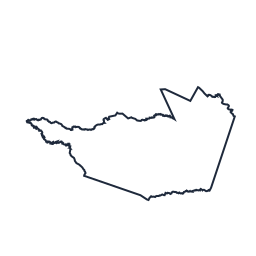 Serenje, Central, Zambia, rotated 289°
{"feature_id": "96606910B77122166525946", "entity_name": "Serenje", "entity_type": "district", "adm_level": 2, "iso_a3": "ZMB", "parent_name": "Zambia", "parent_adm1": "Central", "projection": "equal_earth", "projection_center": [30.192, -13.189], "detail": "fine", "context": "isolated", "style": "outline", "palette": "slate", "viewbox_px": 256, "rotation_deg": 289, "n_neighbors": 0, "source": "geoboundaries", "source_scale": "gbopen_adm2", "svg_char_len": 5646}
<svg xmlns="http://www.w3.org/2000/svg" viewBox="0 0 256 256"><g transform="rotate(289 128 128)"><path d="M68.5,102.1L68.5,161.7L66.6,169.1L66.6,170.8L69.4,171.2L70.0,171.8L71.0,172.1L70.8,173.2L71.4,174.4L71.6,176.1L72.3,176.3L72.8,177.1L73.1,177.3L73.7,179.3L74.5,179.7L74.7,180.6L76.3,182.0L76.2,183.7L76.4,184.5L78.8,184.6L78.6,185.5L79.1,186.0L79.1,186.4L79.6,186.5L79.9,188.4L79.4,189.5L80.3,190.4L81.3,190.3L82.5,191.3L82.6,192.8L82.9,193.2L82.9,193.9L83.1,194.2L82.6,195.4L82.9,196.0L82.8,196.7L83.1,196.7L83.1,197.3L83.7,197.7L83.3,198.6L83.3,199.4L83.9,200.1L83.8,200.6L84.0,200.6L84.1,201.0L84.6,201.3L84.5,201.6L85.7,201.7L86.6,202.9L87.3,203.2L87.6,203.9L87.9,203.9L87.8,204.7L87.4,204.8L87.4,205.6L87.7,206.5L88.6,207.1L88.3,207.5L88.7,209.4L89.0,209.0L90.2,210.5L90.5,211.3L90.9,211.5L90.9,212.0L91.7,212.5L91.8,212.9L91.5,213.3L91.9,214.1L92.1,214.9L92.0,215.3L92.7,215.9L92.6,216.4L93.8,216.4L94.1,216.6L93.6,218.2L93.3,218.7L93.8,218.9L94.3,220.0L93.7,222.4L94.0,223.2L94.8,223.9L95.1,225.0L95.8,224.7L96.0,225.0L95.9,225.6L98.6,226.0L173.7,225.2L173.7,224.3L173.9,223.7L175.2,222.8L175.6,221.4L176.5,219.8L177.2,219.8L178.2,220.9L179.1,220.9L179.2,220.2L178.4,217.7L178.8,216.1L179.2,215.8L181.3,216.3L181.9,216.1L182.3,215.5L182.6,214.3L182.2,213.2L181.9,210.9L182.0,209.6L182.3,208.8L182.7,208.5L184.0,208.8L185.3,208.5L185.8,208.1L188.1,204.7L189.4,203.8L189.2,203.5L188.8,203.6L188.8,203.3L189.1,203.0L189.0,202.7L189.4,202.5L189.3,202.2L188.8,202.4L188.7,201.8L188.3,201.4L187.7,201.7L187.6,201.0L187.1,201.6L187.1,200.9L186.9,201.0L186.6,200.4L186.1,200.3L185.8,199.7L185.5,199.9L185.3,199.4L185.2,198.1L184.9,197.6L185.4,196.9L185.9,195.2L185.8,193.7L185.1,193.0L184.6,193.3L183.8,192.9L185.6,189.0L187.1,186.7L189.2,182.1L189.4,180.9L173.9,178.1L176.8,150.5L175.1,146.4L151.6,168.9L151.8,168.2L151.6,167.9L151.8,167.2L152.1,166.5L152.6,166.4L152.0,165.6L151.9,164.9L152.3,165.0L152.6,164.5L152.6,163.9L152.9,164.0L153.3,163.5L152.9,163.1L152.6,163.1L152.3,162.6L152.6,160.6L152.4,160.4L152.0,160.8L152.1,159.1L151.5,158.7L151.3,158.9L151.1,158.5L151.2,157.6L150.9,157.2L151.2,156.7L151.8,156.6L151.5,154.9L151.9,154.3L151.6,153.9L151.2,153.9L151.3,152.8L150.8,152.6L150.9,152.2L150.3,151.0L150.3,150.4L149.9,150.1L149.5,150.5L149.3,150.2L149.5,149.8L149.2,149.8L149.2,149.5L148.9,149.3L148.6,149.6L148.2,148.9L147.9,149.2L147.2,149.1L146.8,149.4L146.2,149.0L146.2,148.3L145.7,147.6L145.8,147.3L145.3,147.2L144.9,145.3L144.5,145.5L143.8,145.0L142.8,142.4L142.1,143.1L141.4,142.6L141.0,141.2L140.6,141.2L140.6,139.1L140.1,138.3L139.3,138.2L138.8,137.6L138.2,135.1L138.3,134.9L138.1,134.0L139.0,132.0L138.9,128.5L139.2,127.7L137.1,125.0L139.8,118.1L138.7,115.1L138.6,113.6L138.9,112.8L135.8,112.0L132.5,106.5L131.0,106.4L130.3,107.3L129.1,106.2L130.4,103.8L129.3,102.7L128.4,102.1L127.6,102.2L126.8,103.1L125.6,103.3L125.2,104.1L124.9,103.4L124.0,102.6L123.3,102.4L122.9,101.3L122.1,100.3L121.5,98.5L120.8,97.6L119.2,96.4L118.4,96.4L118.0,95.9L117.1,96.0L116.9,96.3L116.0,96.0L115.6,95.7L115.6,95.1L115.2,94.8L115.1,94.4L114.8,94.3L114.5,93.7L114.4,93.9L114.2,93.7L114.4,93.4L114.1,92.2L113.3,91.0L113.5,90.9L113.2,90.0L113.3,89.6L113.1,89.1L113.1,88.2L112.7,87.9L112.6,87.2L112.1,87.0L112.1,86.0L111.6,85.1L112.0,84.1L111.8,83.6L112.0,82.6L112.5,82.5L113.0,81.1L112.6,79.8L112.1,78.8L112.2,77.9L111.7,77.8L111.9,76.6L111.7,76.1L111.4,76.1L111.0,75.6L110.5,75.6L110.4,75.2L108.8,75.5L108.3,76.0L108.1,75.8L108.1,75.2L107.6,75.0L107.5,74.5L108.0,74.0L108.1,72.8L107.4,70.1L107.9,69.2L107.6,68.8L108.1,68.0L108.6,65.2L108.9,65.1L109.9,63.7L110.0,61.5L109.8,61.1L110.4,59.7L110.4,58.5L110.7,57.7L109.9,56.7L109.1,56.4L108.5,55.0L107.7,54.3L107.7,53.1L108.3,52.4L108.4,51.5L108.2,51.3L108.5,50.9L108.7,49.8L109.5,49.3L109.7,48.6L109.2,46.7L109.7,45.6L109.5,45.4L109.7,44.8L109.9,44.6L109.8,43.9L109.3,43.2L107.5,42.7L107.3,42.0L106.8,41.7L106.7,41.1L106.4,40.9L106.5,40.6L106.0,40.4L106.0,39.6L106.6,38.5L106.3,37.7L106.0,37.4L106.1,37.0L105.8,36.9L106.2,36.2L106.2,35.9L105.7,35.1L105.3,35.0L105.4,34.7L105.1,34.3L104.9,34.7L104.7,34.0L103.2,33.2L103.3,32.3L103.0,31.8L103.2,31.0L102.1,30.5L101.7,30.0L101.4,30.1L101.0,31.0L100.6,31.0L100.7,32.1L101.2,32.5L100.8,33.3L101.1,34.4L100.3,35.6L99.8,35.7L99.8,36.0L99.2,36.3L99.2,36.8L99.0,37.0L99.4,37.9L99.1,38.5L98.1,38.6L97.6,39.1L98.6,40.3L99.4,40.6L99.4,40.9L99.0,41.6L98.6,41.3L98.6,40.8L98.1,40.6L97.3,41.6L97.8,42.2L98.0,43.5L97.4,44.8L97.1,44.7L97.1,45.1L96.6,45.2L97.3,46.4L96.8,47.0L96.7,47.6L95.9,48.4L94.9,48.5L94.5,48.2L94.0,49.2L93.8,49.2L93.6,48.7L92.7,49.3L92.3,49.9L92.8,50.6L92.7,51.4L92.2,51.8L91.9,51.5L91.7,51.9L91.1,51.3L90.9,52.1L90.1,52.3L89.6,54.1L88.9,54.7L88.6,55.7L88.4,55.6L88.4,55.9L87.9,56.4L88.1,56.8L88.6,57.2L89.2,57.1L89.1,57.5L89.6,58.3L89.0,59.5L88.3,59.4L88.0,59.6L88.4,60.5L88.2,60.5L88.2,61.6L88.6,62.3L89.0,62.4L89.9,61.3L90.6,61.9L89.9,62.7L90.0,63.7L90.1,63.9L91.1,64.7L91.4,64.4L92.2,65.4L90.8,65.0L90.5,65.5L91.2,66.1L91.4,67.4L92.0,67.5L92.4,68.3L92.8,68.4L92.9,68.8L93.2,68.8L93.4,69.2L93.0,69.3L93.1,70.2L92.8,70.2L92.1,70.8L92.5,71.0L92.6,71.5L92.1,71.6L91.7,72.4L91.7,73.5L92.0,74.3L92.1,74.2L92.4,74.6L92.4,75.1L91.9,75.3L91.9,75.1L91.5,74.8L91.2,75.2L92.2,76.4L92.8,76.2L93.3,76.9L93.7,76.7L93.9,77.2L93.7,77.3L93.6,77.9L92.6,77.7L92.7,78.1L92.4,78.3L91.9,78.2L91.6,78.5L91.7,78.9L91.4,78.8L91.1,79.4L90.6,79.2L90.7,79.4L90.4,79.4L90.1,79.8L90.1,79.7L88.9,80.5L85.4,81.0L84.3,82.3L83.5,82.7L82.7,84.5L82.2,86.5L81.0,87.7L79.6,88.5L78.0,90.7L77.6,93.3L77.3,94.4L77.0,94.7L77.0,95.1L75.8,97.7L74.5,99.3L74.1,100.3L73.1,100.9L72.6,101.7L71.6,102.5L69.7,102.0L68.5,102.1Z" fill="none" stroke="#1e293b" stroke-width="2"/></g></svg>